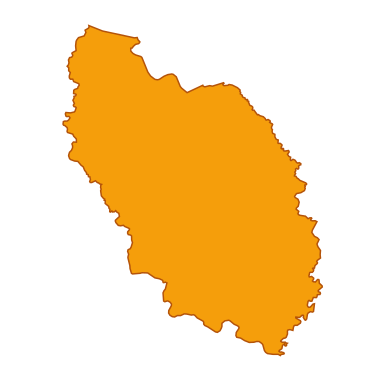 outline of Macate, Manica, Mozambique, rotated 10°
{"feature_id": "85939544B829507062217", "entity_name": "Macate", "entity_type": "district", "adm_level": 2, "iso_a3": "MOZ", "parent_name": "Mozambique", "parent_adm1": "Manica", "projection": "mercator", "projection_center": [33.549, -19.369], "detail": "fine", "context": "isolated", "style": "filled", "palette": "amber", "viewbox_px": 384, "rotation_deg": 10, "n_neighbors": 0, "source": "geoboundaries", "source_scale": "gbopen_adm2", "svg_char_len": 5979}
<svg xmlns="http://www.w3.org/2000/svg" viewBox="0 0 384 384"><g transform="rotate(10 192 192)"><path d="M312.1,324.4L310.6,324.3L309.9,323.7L306.8,324.3L305.3,323.6L305.3,323.0L307.5,320.2L309.0,319.7L310.0,318.7L310.7,315.3L310.1,312.3L310.5,311.2L312.3,310.5L315.4,310.8L315.4,307.4L315.8,305.9L316.5,305.4L318.8,305.0L321.5,302.3L321.7,300.8L321.1,299.9L316.5,298.2L316.0,297.9L316.0,297.1L319.7,296.9L321.9,294.2L323.0,294.1L323.4,294.7L323.3,296.0L325.2,298.3L326.2,298.5L327.0,297.1L326.9,292.3L327.4,291.0L329.3,289.3L331.6,289.3L332.4,288.6L332.0,280.8L330.6,281.4L328.5,284.8L327.0,285.3L325.9,284.7L325.2,283.4L325.3,279.5L326.1,278.4L327.3,279.0L329.0,278.7L329.8,274.8L332.8,274.4L333.2,273.6L333.3,271.4L335.8,270.7L336.1,269.5L335.6,268.6L333.7,268.2L333.4,267.1L336.8,262.9L336.4,261.8L333.2,259.7L332.4,256.6L332.0,256.2L330.8,256.4L329.2,259.2L327.0,259.3L326.1,258.7L326.9,256.6L326.8,255.7L324.5,254.4L322.3,255.3L321.7,254.3L321.9,251.0L322.4,250.5L324.4,250.2L325.2,249.1L325.4,247.5L324.1,246.5L324.4,245.9L325.8,245.7L325.9,243.1L327.7,240.8L327.9,240.0L326.9,238.7L327.3,237.6L330.0,234.7L329.1,231.6L328.7,227.3L325.4,223.9L324.1,221.5L325.4,216.8L323.4,215.3L320.3,214.4L317.0,211.0L317.2,208.6L320.2,199.5L318.3,198.9L315.6,199.5L314.0,199.3L313.7,198.6L314.5,197.1L314.1,196.7L312.7,196.9L310.9,198.1L307.9,196.1L301.7,196.2L300.1,195.1L300.5,192.5L297.5,190.8L297.6,189.6L299.1,187.6L299.3,183.4L297.6,180.7L294.8,179.6L293.9,178.9L293.8,178.4L295.2,175.4L299.3,173.8L302.5,171.1L302.9,168.8L302.2,167.7L302.6,166.9L301.9,165.9L302.0,165.4L303.0,165.2L303.5,164.6L303.3,163.8L302.2,163.2L296.2,161.8L294.2,160.4L293.4,160.3L291.6,158.5L290.1,158.4L290.1,157.3L290.9,156.0L289.8,154.6L290.5,153.1L290.0,151.4L290.8,150.6L292.3,151.1L292.7,150.8L293.0,150.0L292.5,147.9L293.3,146.9L294.4,146.3L294.2,145.1L292.5,144.5L291.2,145.2L289.9,144.8L288.1,142.9L286.6,142.4L285.7,142.3L284.2,143.8L283.7,143.8L283.2,143.1L283.1,140.6L281.2,140.1L279.5,138.3L280.7,135.7L280.4,135.0L279.8,134.4L276.6,135.5L275.2,135.5L274.4,134.5L274.8,134.2L274.6,133.5L273.9,133.2L272.8,133.9L272.2,133.6L272.0,132.0L272.6,130.8L272.3,129.8L270.5,128.8L268.6,129.1L268.1,128.8L267.9,125.8L265.8,125.5L264.1,123.4L263.6,120.8L261.2,120.2L260.3,118.2L260.4,116.7L259.5,115.9L259.0,114.3L259.7,111.5L259.3,111.0L256.4,110.0L256.8,108.8L256.4,108.2L254.3,107.4L252.7,108.3L252.1,108.1L251.3,106.9L249.2,105.5L245.4,105.0L244.0,104.2L243.0,104.6L238.8,100.6L237.4,100.9L236.9,100.4L237.3,98.7L236.9,97.7L235.8,97.0L233.9,96.6L232.1,93.8L232.1,92.9L230.6,92.6L230.8,91.7L230.4,91.3L229.4,91.6L228.3,91.3L227.8,90.1L225.9,89.9L225.0,89.1L224.7,88.0L222.5,87.0L222.6,85.4L221.6,84.6L221.7,83.3L218.7,81.4L213.0,79.7L211.1,79.7L209.8,79.7L208.8,80.7L205.1,81.7L204.3,81.5L203.7,80.6L204.6,79.4L204.1,78.9L193.8,84.2L190.9,84.2L186.4,86.2L184.7,85.9L184.1,85.0L169.9,95.0L163.7,91.5L162.1,90.1L156.5,81.3L153.1,79.4L151.6,79.3L147.8,80.6L144.3,82.9L140.2,86.8L138.4,87.5L135.9,87.5L131.1,85.0L127.7,81.6L119.3,68.2L118.1,67.5L112.6,66.8L109.8,65.8L107.3,63.9L106.7,61.1L108.1,60.6L109.0,58.7L110.8,56.4L113.6,55.2L114.4,54.1L114.6,53.2L112.3,51.4L111.2,49.4L108.5,50.2L76.0,49.0L61.5,46.0L62.0,47.3L61.6,48.6L58.6,51.2L59.8,53.3L58.7,57.0L53.4,59.7L52.0,62.5L51.7,63.8L52.0,68.3L53.3,72.9L49.8,75.7L49.7,76.5L50.8,77.9L50.8,78.6L50.1,80.1L48.1,80.9L47.4,83.4L48.4,86.1L48.1,88.5L47.2,89.8L49.0,91.1L49.5,94.0L51.4,95.5L51.0,99.1L51.4,100.9L52.6,102.0L55.0,101.6L56.3,103.8L61.7,105.0L62.4,106.4L61.5,108.3L61.4,109.8L58.5,111.5L57.9,112.4L58.3,115.6L60.6,115.8L61.0,116.2L60.7,117.5L59.1,118.3L59.6,119.8L58.8,122.3L60.8,125.3L60.1,126.8L60.2,127.5L61.0,128.4L62.6,128.5L63.3,129.1L62.8,132.6L62.2,133.6L58.5,135.2L54.0,135.6L53.7,137.0L54.6,139.1L55.6,139.5L57.6,138.9L58.8,139.8L58.9,140.4L58.0,142.5L56.8,143.8L54.2,144.3L53.1,145.0L53.2,147.5L53.9,148.5L55.3,148.7L57.9,150.3L58.5,151.9L58.4,153.9L59.1,155.0L64.5,155.7L65.8,157.6L68.7,159.7L69.1,160.7L69.5,163.0L66.5,163.4L65.4,165.5L66.4,167.3L66.7,169.3L66.0,172.0L64.5,174.1L64.2,176.3L64.2,177.8L65.6,180.3L66.7,181.1L71.0,181.9L74.3,181.7L78.1,184.9L80.5,186.1L82.5,189.3L84.7,191.3L85.1,192.7L86.7,192.9L87.4,194.9L88.8,194.8L89.8,197.4L89.4,199.4L90.1,200.3L91.6,200.1L95.0,197.7L97.2,199.2L98.4,199.2L99.5,200.0L101.6,200.2L101.0,201.0L101.2,203.4L102.0,205.0L101.8,206.6L103.4,211.5L105.8,213.6L107.3,214.2L106.9,215.3L108.1,215.6L108.5,218.4L112.4,220.6L113.2,222.6L114.1,223.2L114.4,225.7L115.2,225.9L116.2,224.7L116.7,224.7L117.1,225.5L119.2,224.9L120.1,223.6L121.4,224.8L123.6,225.7L124.8,228.7L121.5,233.1L121.5,233.9L122.4,235.4L125.2,237.7L127.5,237.7L130.3,236.7L131.6,237.6L136.2,238.7L136.9,239.2L136.9,240.0L135.6,242.3L135.7,243.7L136.6,245.0L139.1,245.1L140.1,245.8L140.9,249.7L142.2,252.2L141.6,256.9L140.9,258.7L139.1,259.9L138.9,261.6L140.4,264.3L140.2,267.3L140.5,268.3L143.6,275.3L144.3,278.2L146.5,282.6L147.7,283.0L154.9,281.1L156.8,280.2L162.4,279.4L170.4,283.0L175.0,283.1L177.8,283.9L178.5,284.2L179.3,286.1L180.0,286.2L181.4,285.4L183.1,285.9L182.6,292.3L181.6,294.0L181.0,296.4L183.0,304.3L184.3,304.8L186.5,303.6L187.5,303.6L189.5,304.3L191.2,305.8L191.4,307.6L189.7,312.8L190.0,315.3L191.7,317.2L194.2,318.2L196.6,318.1L199.1,316.2L202.2,315.7L205.5,313.4L208.1,313.1L212.7,313.3L214.7,312.6L216.1,312.9L219.0,315.1L225.2,317.2L226.1,318.1L226.5,320.1L227.7,321.2L231.0,322.1L239.4,325.7L241.4,325.8L243.7,323.7L244.6,320.8L244.8,319.2L244.3,316.1L246.7,313.2L250.5,311.9L251.9,312.3L256.4,314.9L260.3,315.9L261.8,317.0L261.8,318.4L260.0,322.6L260.2,325.8L261.3,327.3L265.2,327.4L269.6,329.2L274.5,330.2L279.0,329.2L281.6,328.0L284.1,327.6L287.2,329.1L288.3,330.2L290.9,335.6L292.4,337.1L294.4,338.0L299.9,337.8L305.1,336.9L307.4,337.7L308.0,336.5L310.6,335.6L310.8,334.8L310.1,334.3L307.7,334.0L306.7,334.4L305.4,333.9L305.4,333.0L307.7,330.7L307.8,327.3L309.4,325.6L310.1,327.2L311.2,327.4L311.8,326.4L311.4,325.2L312.1,324.4Z" fill="#f59e0b" stroke="#b45309" stroke-width="1.5"/></g></svg>